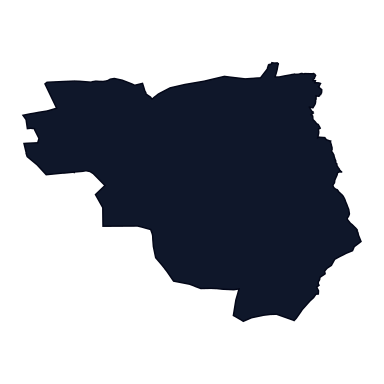 outline of Apeldoorn, Gelderland, Netherlands
{"feature_id": "6326949B63797534103796", "entity_name": "Apeldoorn", "entity_type": "district", "adm_level": 2, "iso_a3": "NLD", "parent_name": "Netherlands", "parent_adm1": "Gelderland", "projection": "robinson", "projection_center": [5.983, 52.18], "detail": "fine", "context": "isolated", "style": "filled", "palette": "ink", "viewbox_px": 384, "rotation_deg": 0, "n_neighbors": 0, "source": "geoboundaries", "source_scale": "gbopen_adm2", "svg_char_len": 5484}
<svg xmlns="http://www.w3.org/2000/svg" viewBox="0 0 384 384"><path d="M294.1,320.5L294.5,320.1L295.1,319.5L296.2,318.3L300.5,312.2L302.3,309.5L309.9,301.0L313.6,297.6L315.9,294.2L318.3,294.0L318.5,290.8L316.7,287.1L319.0,285.3L318.9,285.1L318.4,284.0L318.2,283.7L318.3,282.1L318.5,281.4L318.7,281.2L319.4,280.1L319.7,279.2L319.7,278.6L320.0,277.3L325.1,273.8L324.6,271.1L327.1,268.2L330.7,265.8L331.4,265.4L331.7,264.7L332.4,263.5L334.7,259.3L339.8,256.5L343.5,254.7L346.1,253.3L352.5,250.7L354.2,246.7L361.0,241.5L358.5,235.3L357.8,232.2L357.6,231.9L357.2,231.6L357.0,231.2L357.0,230.6L357.3,230.2L357.1,229.8L356.6,229.2L355.4,227.8L355.0,227.5L352.2,224.7L350.4,223.3L347.6,219.8L347.4,219.4L347.3,219.1L347.3,218.7L347.3,217.8L347.8,217.4L348.3,216.6L348.7,215.9L349.2,214.5L349.4,213.9L348.7,209.4L347.4,206.2L346.9,204.7L346.7,204.3L346.3,203.3L345.7,202.0L344.9,199.6L343.8,197.4L343.0,196.0L342.9,196.0L341.7,194.5L340.4,193.5L340.2,193.3L339.9,192.9L339.6,192.5L338.9,192.1L338.7,192.0L338.6,191.8L338.5,191.6L338.3,191.1L337.2,189.7L336.6,189.5L335.9,189.3L335.7,189.2L335.4,189.0L333.8,187.6L333.4,186.8L333.1,186.2L333.0,185.7L333.0,185.4L333.0,185.1L333.1,184.8L333.3,184.4L334.1,183.3L334.3,183.0L334.4,182.8L334.5,182.7L334.5,182.3L334.5,181.9L334.7,181.2L334.6,180.8L334.7,180.6L335.0,179.6L337.1,174.9L337.2,174.5L337.3,173.3L337.3,173.1L337.5,172.9L339.4,171.8L339.5,171.9L341.5,172.0L341.5,171.7L341.0,171.5L340.7,171.2L340.5,170.9L340.4,170.7L339.7,170.4L339.4,169.2L338.8,168.5L338.6,168.2L337.9,167.4L337.8,167.0L337.6,166.6L337.3,166.2L337.0,165.7L336.9,165.6L336.9,165.4L336.8,164.5L336.9,164.1L336.8,163.8L336.3,163.4L336.1,163.2L335.8,162.5L335.5,161.8L335.5,161.7L335.8,161.2L335.6,160.5L334.9,159.0L334.7,158.1L334.4,157.4L334.1,156.3L334.0,155.6L333.8,155.1L333.8,154.8L333.7,154.6L333.4,154.2L333.2,153.8L332.9,153.3L332.9,153.2L332.6,152.7L332.2,152.3L331.6,151.2L331.8,150.0L332.1,149.4L332.1,149.2L332.1,148.9L332.0,148.3L332.0,147.3L331.6,146.3L331.5,146.0L331.5,145.7L331.3,145.1L331.3,144.7L331.2,144.4L330.9,143.7L330.9,143.4L330.8,143.2L330.6,142.9L330.5,142.5L330.5,142.3L330.6,142.1L330.5,141.6L330.6,141.0L330.0,141.0L326.6,139.8L326.4,139.7L325.4,138.5L324.8,137.6L320.2,137.3L319.5,137.2L319.5,137.3L318.1,137.5L317.7,137.7L318.4,134.4L318.6,133.7L318.7,132.7L318.7,131.4L318.5,130.4L318.4,128.9L317.9,128.7L319.1,128.8L319.8,128.5L320.0,128.3L320.2,128.2L320.0,127.7L318.2,124.5L318.0,124.4L317.0,123.9L316.6,123.7L315.5,122.2L314.8,121.4L312.9,119.5L312.7,116.2L312.6,115.9L311.0,114.8L311.2,114.6L312.0,114.1L313.3,113.0L313.1,112.8L312.3,112.4L312.8,111.8L311.8,111.3L309.4,107.5L309.4,107.3L309.4,107.1L312.9,107.8L314.9,104.5L315.3,103.5L315.5,102.4L315.5,102.2L315.6,101.7L315.6,101.3L315.6,99.6L315.7,99.4L316.2,99.0L316.2,98.9L315.7,98.4L315.8,98.2L316.0,97.6L316.2,96.9L316.2,96.4L316.1,95.7L316.3,95.7L317.5,96.1L318.2,96.2L318.5,96.3L319.3,96.0L319.5,95.8L319.5,95.3L319.9,94.6L320.6,94.6L320.8,94.1L321.2,93.2L321.5,92.9L321.6,92.1L321.7,91.2L321.7,89.6L319.6,87.9L319.2,87.6L319.0,86.9L318.8,86.8L319.0,86.7L319.7,84.9L320.5,83.5L319.8,83.2L318.6,82.9L315.3,82.7L314.7,82.7L315.4,80.7L312.9,80.6L313.3,79.0L314.3,78.5L314.4,78.4L314.3,78.0L314.7,77.3L315.6,75.4L314.6,74.1L313.8,73.9L313.7,73.6L313.3,73.5L312.7,73.7L312.4,73.8L304.6,73.6L304.4,73.7L304.2,74.1L302.1,73.5L301.1,73.5L300.5,73.7L299.2,74.1L297.9,74.3L296.6,74.3L295.9,74.4L295.3,74.3L294.6,74.1L294.4,74.1L293.9,74.2L293.5,74.4L293.1,74.6L292.7,74.6L292.3,74.4L291.0,74.8L284.7,75.9L279.2,77.0L275.9,77.0L275.0,76.8L276.1,73.5L277.1,69.7L277.8,65.8L278.0,65.0L278.2,64.4L278.3,64.1L278.3,63.7L278.1,63.6L277.3,62.9L275.9,63.0L275.1,63.0L274.8,63.1L273.9,63.0L272.4,62.8L271.9,62.7L271.5,64.0L269.3,64.5L269.5,64.9L268.5,65.0L267.5,68.1L267.5,68.3L267.5,68.5L267.5,68.8L260.5,77.9L256.1,78.1L253.1,78.4L252.5,78.4L245.2,78.9L229.8,77.1L224.4,76.4L210.8,79.6L204.2,81.2L184.9,84.5L170.1,87.9L160.1,93.1L158.3,94.1L157.4,94.8L156.7,95.4L156.2,95.8L155.4,96.4L154.3,97.2L153.5,97.9L153.1,98.3L152.5,98.7L152.1,99.1L151.6,98.7L151.0,97.8L150.5,97.1L148.1,95.5L147.1,94.8L146.0,93.9L145.7,92.4L144.9,91.2L144.3,89.2L143.8,87.5L142.5,83.4L134.7,85.3L132.0,84.0L122.2,80.2L114.3,78.5L110.2,79.2L107.8,80.6L107.2,80.7L105.8,81.1L104.9,81.2L103.1,81.5L100.3,81.4L99.1,81.4L96.5,81.2L95.9,81.2L95.3,81.2L94.6,81.4L92.4,81.7L91.1,82.2L79.9,81.3L74.4,81.1L64.1,81.5L49.0,82.2L47.0,82.3L45.0,83.9L56.7,108.2L48.6,110.6L46.6,111.1L38.9,112.3L33.6,113.3L30.4,113.8L23.0,115.3L26.1,119.6L27.4,128.6L29.5,128.4L30.1,128.2L30.4,128.2L32.8,128.5L34.4,128.6L34.5,128.7L34.7,129.9L39.0,138.4L37.7,142.8L31.2,143.1L26.6,143.3L24.0,143.5L26.4,153.5L26.2,153.6L27.2,156.6L37.1,164.8L46.2,174.7L63.3,173.0L63.7,173.1L74.0,172.1L74.2,172.5L74.3,172.5L74.3,172.0L82.6,171.3L85.4,170.8L86.0,170.7L90.0,171.5L93.3,173.6L105.0,185.5L95.5,194.6L102.8,207.6L103.0,226.2L137.5,226.0L141.7,227.0L147.4,228.6L150.7,229.5L152.2,233.7L152.4,234.4L152.6,235.4L152.7,235.9L152.8,238.2L152.9,240.0L153.4,246.5L155.7,257.7L161.7,264.7L163.7,267.2L164.7,268.4L164.8,268.7L166.8,271.2L173.6,281.1L181.9,282.7L189.6,284.2L193.9,285.8L195.7,286.6L197.6,287.3L200.3,288.3L200.8,288.5L211.0,288.3L215.3,288.5L216.5,288.5L222.7,289.2L233.9,289.7L239.0,288.9L237.8,293.5L235.9,300.0L233.4,315.5L235.3,316.5L239.4,318.9L241.0,319.8L243.3,321.3L251.6,317.7L261.7,315.6L263.5,315.2L270.3,314.4L273.7,314.3L276.5,314.2L286.4,317.7L294.0,320.4L294.1,320.5Z" fill="#0f172a" stroke="#020617" stroke-width="1.5"/></svg>